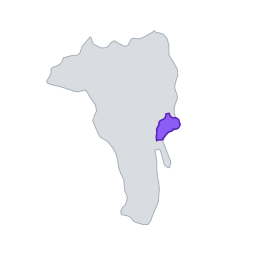 Dominican Republic, with María Trinidad Sánchez highlighted, rotated 73°
{"feature_id": "DOM-1982", "entity_name": "María Trinidad Sánchez", "entity_type": "Province", "adm_level": 1, "iso_a3": "DOM", "parent_name": "Dominican Republic", "parent_adm1": "", "projection": "albers", "projection_center": [-69.986, 19.439], "detail": "fine", "context": "in_parent", "style": "filled", "palette": "violet", "viewbox_px": 256, "rotation_deg": 73, "n_neighbors": 0, "source": "natural_earth", "source_scale": "10m", "svg_char_len": 1957}
<svg xmlns="http://www.w3.org/2000/svg" viewBox="0 0 256 256"><g transform="rotate(73 128 128)"><path d="M42.0,169.3L42.3,160.0L43.8,156.3L42.5,152.3L36.6,148.0L33.0,142.5L29.9,137.6L30.6,136.9L37.1,136.8L39.3,135.0L43.7,130.1L44.6,126.2L44.3,123.2L41.5,119.5L40.5,115.7L44.0,112.5L48.6,107.7L49.2,105.8L49.1,104.0L43.9,98.9L43.6,96.7L46.1,91.2L45.9,87.5L43.5,76.1L42.4,74.4L44.8,73.5L46.3,70.1L48.4,67.1L51.2,65.5L54.3,64.5L60.4,64.6L69.0,67.3L71.4,67.3L79.6,65.0L86.4,63.7L92.8,65.2L95.3,67.3L100.6,70.6L103.3,71.6L111.6,71.5L113.9,71.9L120.9,77.3L126.8,79.4L130.2,79.5L136.4,77.5L139.4,77.5L142.9,82.2L143.6,88.7L146.5,94.7L151.0,98.6L173.1,96.9L178.1,100.0L176.4,102.7L173.3,104.1L162.8,103.5L158.1,103.8L157.2,106.4L157.2,108.8L163.4,109.4L169.4,110.6L175.6,112.5L181.9,113.8L188.9,114.6L195.9,116.0L207.5,120.6L220.4,131.3L223.8,133.7L226.1,137.1L225.1,141.2L220.6,148.1L218.0,150.3L214.2,151.6L211.6,154.4L209.2,159.2L207.6,159.6L205.8,159.5L202.7,156.8L200.5,152.7L194.3,148.8L186.9,149.4L176.0,147.1L169.5,148.2L162.9,148.5L156.2,147.4L149.4,147.0L142.7,148.4L136.1,150.9L133.7,152.5L129.5,156.4L127.3,157.8L111.3,159.7L106.7,156.9L102.5,153.0L96.4,152.4L87.5,155.4L81.9,156.4L79.6,157.7L79.0,159.2L78.9,164.6L77.6,167.9L68.9,180.3L63.9,189.0L61.8,191.7L59.5,192.3L55.3,187.2L52.6,185.4L49.2,184.4L47.8,181.7L47.9,177.9L47.0,174.2L45.0,171.3L42.0,169.3Z" fill="#d9dde1" stroke="#a8b0b8" stroke-width="1"/><path d="M132.1,79.5L133.9,77.6L134.9,77.1L137.8,77.2L139.3,77.0L139.9,77.1L140.7,77.6L142.5,79.5L143.1,80.9L143.1,82.3L142.2,85.4L143.3,85.9L143.7,86.9L143.7,89.4L143.8,90.6L144.1,91.5L147.7,96.8L149.3,98.4L149.2,98.6L149.0,100.2L148.5,101.6L148.2,103.0L148.5,104.3L144.8,103.6L141.2,101.9L137.6,101.0L135.0,98.8L134.2,97.4L132.6,97.2L130.8,95.9L130.1,93.5L130.0,91.6L129.3,89.8L127.5,88.5L125.6,87.4L125.8,85.8L126.1,84.3L127.3,84.2L128.5,84.3L131.1,82.8L132.1,79.8L132.1,79.5Z" fill="#8b5cf6" stroke="#5b21b6" stroke-width="1.5"/></g></svg>